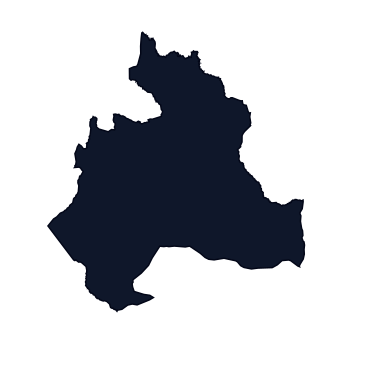 outline of Mbala, Northern, Zambia, rotated 18°
{"feature_id": "96606910B75728228725802", "entity_name": "Mbala", "entity_type": "district", "adm_level": 2, "iso_a3": "ZMB", "parent_name": "Zambia", "parent_adm1": "Northern", "projection": "orthographic", "projection_center": [31.398, -8.964], "detail": "fine", "context": "isolated", "style": "filled", "palette": "ink", "viewbox_px": 384, "rotation_deg": 18, "n_neighbors": 0, "source": "geoboundaries", "source_scale": "gbopen_adm2", "svg_char_len": 5896}
<svg xmlns="http://www.w3.org/2000/svg" viewBox="0 0 384 384"><g transform="rotate(18 192 192)"><path d="M300.1,165.4L299.0,166.5L297.6,166.7L297.2,166.3L295.2,167.2L294.0,166.9L292.3,167.3L292.0,168.1L291.2,168.5L290.5,168.4L289.2,170.4L289.5,171.2L289.0,171.4L288.5,172.3L287.9,172.1L287.9,172.7L286.4,173.7L286.3,174.4L283.8,176.2L282.5,176.3L281.9,177.5L278.8,176.6L276.3,176.6L275.3,176.0L271.9,177.5L269.3,177.7L269.1,176.8L267.4,176.5L267.3,175.7L266.7,175.1L265.1,175.3L264.6,174.9L262.9,174.8L262.5,175.4L261.8,175.1L261.0,174.1L261.2,173.7L260.2,172.0L260.0,170.7L258.8,169.9L257.9,170.0L256.8,167.2L256.0,167.1L255.5,166.0L255.5,165.0L253.0,163.2L252.8,162.5L252.0,162.1L251.4,162.4L249.4,161.9L249.2,161.4L248.1,161.1L247.8,160.5L245.2,159.5L244.6,158.5L243.6,158.1L242.2,158.4L241.9,157.5L241.3,157.2L240.1,157.5L239.8,156.3L238.0,155.9L236.4,154.7L236.2,154.1L235.4,154.1L234.4,153.3L233.3,152.1L233.3,151.3L232.4,150.4L232.2,149.4L231.0,148.7L230.0,149.2L229.3,148.7L228.3,148.7L226.4,146.4L225.8,143.1L224.3,141.2L224.1,139.4L222.2,137.8L224.3,133.9L223.7,132.9L224.1,129.0L222.2,122.9L222.5,120.6L223.3,118.2L227.2,110.7L226.4,110.0L226.5,108.2L223.7,102.7L223.0,98.7L222.0,99.3L220.5,98.1L216.8,92.8L214.3,93.1L213.0,92.5L211.6,89.7L210.4,90.2L208.4,90.3L201.2,89.9L199.9,90.3L198.9,91.8L197.3,92.2L195.2,91.7L192.9,90.2L192.9,88.3L191.5,87.0L191.1,85.3L189.5,82.7L189.8,82.3L188.6,81.6L188.9,81.2L187.8,80.6L187.1,79.2L186.2,78.9L186.4,78.6L185.8,77.8L184.7,76.9L184.2,77.0L184.0,75.5L182.0,75.6L181.7,74.8L181.0,75.4L180.3,75.1L179.5,75.5L177.0,75.4L176.8,75.1L175.7,75.7L173.7,74.8L172.9,75.7L170.2,75.0L169.6,75.4L167.7,75.6L165.7,74.9L165.8,74.3L165.3,74.8L164.7,73.5L163.4,73.2L162.5,72.3L161.8,72.6L161.3,72.2L160.7,71.4L160.9,70.6L159.6,69.9L159.6,68.4L159.1,68.2L158.9,67.3L159.2,67.1L158.7,67.1L158.6,66.2L158.0,65.8L158.6,65.5L158.3,64.9L158.5,64.1L158.1,64.3L158.0,63.6L156.5,62.6L156.1,63.1L155.4,61.7L154.5,61.8L154.2,60.7L154.6,59.9L153.8,59.2L154.5,57.7L153.7,56.8L151.2,57.6L150.5,58.2L150.4,57.6L149.8,57.4L149.4,58.6L148.3,59.3L149.2,60.8L149.1,63.4L149.6,64.1L148.8,64.1L148.2,64.6L147.1,63.9L146.8,65.7L145.8,65.9L145.6,66.5L144.3,67.4L144.1,66.9L142.9,66.8L141.5,65.4L140.7,65.5L139.5,66.5L138.3,65.4L137.7,65.9L138.0,67.0L136.4,67.4L136.0,66.8L136.5,65.1L136.2,64.3L134.8,64.0L134.3,65.1L131.6,63.7L130.4,64.9L130.3,65.6L129.0,65.5L128.0,66.8L127.4,67.5L127.7,68.5L125.5,70.0L125.4,72.1L123.2,71.6L122.2,72.5L120.4,72.4L119.7,72.9L118.8,72.5L117.7,72.8L117.9,71.9L117.6,71.4L115.8,70.8L115.4,69.7L114.2,69.8L114.4,68.7L112.2,66.7L111.2,62.4L110.4,60.7L107.5,58.3L107.0,58.8L107.1,58.1L105.9,58.6L107.3,59.4L107.0,59.7L105.9,59.8L104.9,60.8L104.4,60.7L103.5,59.0L102.0,58.8L101.4,57.3L100.2,57.9L99.5,56.6L98.9,57.3L95.7,55.4L95.1,56.2L96.2,61.6L98.1,69.3L100.5,76.2L101.1,87.1L100.6,89.6L97.6,91.2L94.4,94.1L97.6,103.6L99.5,104.5L100.5,103.5L103.6,103.1L104.6,103.5L104.7,104.1L104.9,103.8L106.2,104.1L106.7,105.8L107.2,105.9L108.3,107.2L108.8,106.8L110.6,107.5L112.6,107.3L113.3,109.1L114.9,108.7L115.4,109.4L116.5,109.5L119.0,110.7L121.9,110.1L123.5,110.2L125.4,112.2L125.9,113.2L127.0,113.1L128.6,115.8L130.1,116.2L129.9,117.2L132.1,117.0L133.5,118.5L135.2,118.8L137.4,123.1L139.0,124.0L139.3,126.5L138.8,127.8L139.5,129.6L131.9,135.0L129.6,135.6L128.0,137.0L129.6,138.3L129.4,138.7L127.2,139.8L126.5,140.5L125.5,140.7L124.0,142.2L122.9,142.8L121.0,142.3L121.1,141.5L119.3,141.3L119.2,142.0L118.4,141.9L118.1,142.8L117.0,143.3L113.7,143.3L111.5,142.5L110.7,142.7L108.5,142.2L106.8,142.3L105.1,141.4L102.7,141.0L101.5,141.8L100.5,141.3L99.9,141.9L98.5,140.7L96.8,141.6L95.9,141.5L95.6,142.0L94.9,141.6L93.5,142.4L94.4,144.0L94.9,147.9L96.2,149.7L97.8,150.4L98.3,153.0L98.1,153.8L98.5,155.0L99.1,155.1L99.3,155.7L99.2,156.8L96.1,157.5L93.8,160.6L84.0,160.9L80.9,159.6L80.6,158.0L79.3,156.5L79.5,155.8L79.0,154.6L79.2,153.0L78.7,151.5L77.1,150.8L75.3,151.2L74.7,150.9L74.6,152.7L73.1,154.4L73.6,155.1L73.4,156.9L74.5,160.7L76.1,162.5L77.6,169.8L77.1,170.9L78.2,173.2L77.5,173.9L78.1,176.6L77.9,177.3L77.2,177.4L76.6,178.5L77.4,179.3L77.8,181.4L78.4,182.4L77.4,183.7L75.4,184.5L72.6,182.5L69.7,181.6L69.0,184.8L69.2,187.5L68.8,191.7L72.5,198.9L73.0,202.1L72.5,203.2L73.0,204.0L72.7,205.0L76.7,203.3L78.5,203.5L80.4,205.1L82.2,206.0L81.2,211.1L80.3,211.6L80.6,214.8L80.0,216.2L80.7,218.6L82.4,220.9L83.8,226.9L83.5,229.8L82.8,230.7L82.7,231.8L83.1,232.6L81.9,233.9L81.5,235.1L82.0,239.3L79.9,242.4L79.9,244.2L78.4,245.9L78.0,247.7L76.8,248.8L76.0,250.5L73.3,252.8L71.1,257.5L68.7,260.4L65.5,268.8L100.5,293.2L101.8,293.4L102.5,292.5L105.8,293.7L107.2,293.1L108.5,293.1L114.3,295.6L116.2,299.1L116.7,301.2L116.4,302.2L117.6,303.8L117.4,305.4L118.0,306.2L117.8,307.2L118.7,308.0L118.5,310.4L119.7,312.3L119.7,313.7L121.7,315.2L122.4,315.2L122.5,315.9L122.8,315.7L124.7,316.9L125.4,318.5L127.2,319.4L127.6,319.0L129.3,319.5L129.9,320.2L131.6,320.2L133.2,321.8L134.8,322.6L135.1,322.2L137.1,322.5L137.4,322.9L140.2,323.1L141.5,323.0L142.3,322.4L144.7,322.4L148.2,324.0L150.3,327.0L152.0,327.3L152.6,326.9L154.1,327.7L155.7,327.5L157.5,328.6L157.7,327.4L161.6,325.2L165.8,319.4L169.8,317.0L174.7,316.3L184.9,307.7L187.9,304.3L183.8,303.3L177.9,304.3L167.7,304.5L164.9,300.8L163.6,298.2L163.4,296.9L163.8,296.2L162.9,293.8L168.8,284.9L173.3,275.2L174.5,267.0L178.1,253.5L182.1,252.6L184.6,251.4L186.9,251.1L191.8,248.9L202.6,246.3L206.5,244.2L218.8,247.7L224.7,250.2L228.7,250.8L234.0,249.7L242.9,245.1L254.8,243.9L256.9,244.4L261.0,247.0L263.0,247.4L264.8,247.7L272.3,246.8L278.2,244.0L291.7,239.1L295.7,234.8L298.8,229.4L304.9,226.8L307.1,226.8L315.6,229.7L317.3,229.8L316.9,229.3L317.1,227.3L318.5,221.4L318.0,216.4L316.3,212.0L315.4,207.7L313.9,204.8L313.1,204.7L310.6,201.6L310.9,199.1L309.1,194.7L307.5,192.8L304.2,186.4L302.9,181.0L301.3,179.2L301.1,177.9L302.0,173.9L300.7,166.9L300.1,165.4Z" fill="#0f172a" stroke="#020617" stroke-width="1.5"/></g></svg>